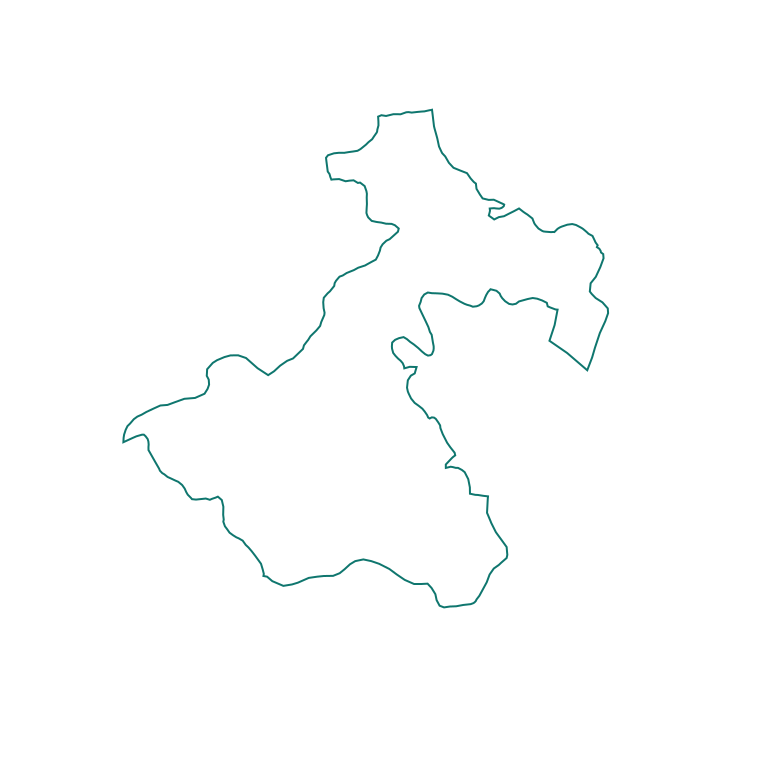 Qalyub, Al Qalyubiyah, Egypt (Natural Earth projection), rotated 240°
{"feature_id": "37247803B25886032732937", "entity_name": "Qalyub", "entity_type": "district", "adm_level": 2, "iso_a3": "EGY", "parent_name": "Egypt", "parent_adm1": "Al Qalyubiyah", "projection": "natural_earth1", "projection_center": [31.243, 30.207], "detail": "fine", "context": "isolated", "style": "outline", "palette": "teal", "viewbox_px": 768, "rotation_deg": 240, "n_neighbors": 0, "source": "geoboundaries", "source_scale": "gbopen_adm2", "svg_char_len": 5986}
<svg xmlns="http://www.w3.org/2000/svg" viewBox="0 0 768 768"><g transform="rotate(240 384 384)"><path d="M587.3,440.6L586.6,442.3L583.9,447.6L578.8,452.1L577.4,455.7L575.6,459.5L571.2,461.9L570.4,464.0L565.1,466.2L559.8,465.2L557.3,464.3L554.0,462.2L548.4,459.2L545.1,457.0L540.9,454.3L538.6,453.8L536.2,453.6L531.4,454.9L528.3,458.3L527.4,459.4L525.2,462.3L521.8,465.9L518.9,470.6L516.1,472.8L511.3,474.5L508.9,472.2L507.4,465.1L506.6,461.3L506.9,457.7L505.7,452.7L503.9,449.3L501.5,447.1L498.3,443.1L495.8,439.1L496.0,434.2L496.1,428.9L496.1,426.9L497.6,419.8L497.7,414.9L498.8,407.2L498.6,402.5L499.2,399.2L498.7,397.7L497.4,394.1L496.0,391.7L493.8,389.9L491.3,383.5L490.7,380.5L488.8,375.0L485.3,372.3L483.3,371.3L479.8,369.6L475.5,368.2L473.6,366.8L469.0,360.6L466.2,357.7L464.2,352.2L462.1,344.1L460.1,340.4L459.3,338.3L457.5,334.0L454.9,331.4L451.6,318.0L452.5,311.7L451.8,303.2L450.0,295.2L449.6,288.1L460.9,282.4L475.5,277.5L481.8,272.0L485.5,265.4L487.1,259.3L488.1,251.3L487.9,246.3L485.2,238.2L482.4,236.4L479.7,234.6L475.4,234.4L470.9,232.2L468.0,228.8L465.3,223.7L465.6,220.9L466.4,213.4L471.0,203.7L472.7,194.3L474.1,186.1L477.2,179.6L477.9,172.5L478.6,164.3L478.6,158.8L479.1,154.1L478.6,149.7L476.7,144.3L475.8,140.8L473.5,137.4L471.6,135.3L470.2,133.7L467.6,131.6L463.9,129.2L462.9,139.8L462.5,143.4L461.1,149.1L460.2,150.7L458.0,151.4L454.5,151.8L452.0,151.2L449.2,149.9L447.2,148.5L444.5,147.0L441.5,147.0L431.3,146.9L423.1,146.9L421.0,146.6L417.7,147.4L415.6,148.6L411.7,150.1L408.5,152.4L404.6,155.1L402.2,156.9L397.4,158.7L393.1,159.1L389.3,158.7L386.3,158.7L381.7,159.9L380.3,160.1L377.9,163.4L373.9,172.4L370.8,175.3L370.5,177.9L369.8,181.3L369.5,183.8L364.6,185.5L358.0,183.5L351.1,179.3L346.7,177.4L345.1,176.0L340.3,175.1L336.1,175.6L332.5,175.9L328.6,177.6L325.0,179.5L323.0,181.0L319.0,183.3L313.8,183.8L310.2,184.9L305.4,185.8L299.4,186.6L289.8,187.6L283.9,186.2L279.7,185.0L278.0,183.6L275.6,186.4L269.1,188.7L259.5,195.9L256.4,204.1L255.0,210.1L253.7,221.9L250.5,229.9L247.8,235.9L243.3,244.0L242.3,251.0L243.3,257.3L244.9,264.5L244.9,265.6L245.0,270.5L242.4,278.4L237.0,284.4L230.7,289.9L221.2,296.1L212.7,299.8L204.0,304.0L195.8,310.0L192.1,316.4L189.3,321.9L183.6,323.2L176.3,323.4L170.5,321.5L164.2,321.3L160.5,324.3L158.3,329.9L155.4,335.4L153.0,342.2L150.0,349.0L149.5,352.0L149.7,353.5L150.2,355.1L151.1,356.3L152.9,360.7L153.7,362.0L160.9,373.8L162.8,376.1L166.2,380.2L167.1,382.1L169.3,386.8L169.9,393.1L170.6,396.0L172.0,403.2L174.4,405.4L176.6,406.4L181.5,408.7L189.3,407.9L198.7,406.9L199.9,406.8L210.0,407.4L212.0,407.7L219.1,408.6L220.9,408.8L232.6,416.4L234.7,417.9L237.5,414.1L240.9,409.9L241.1,409.6L241.3,409.3L242.4,407.6L246.0,403.6L251.6,406.7L259.5,409.4L267.3,409.8L270.6,408.5L274.3,406.2L275.5,404.2L277.5,402.2L279.0,400.4L280.4,395.6L281.5,396.2L283.4,397.3L285.9,405.7L286.3,407.5L286.6,410.0L289.2,410.8L296.0,409.8L301.6,409.3L311.2,409.8L317.6,410.8L320.1,411.9L323.7,411.8L328.0,411.4L329.9,410.5L331.2,408.7L331.3,406.3L332.9,405.5L335.5,405.8L339.6,405.5L343.4,404.9L347.9,403.1L352.3,401.1L357.9,400.2L363.4,400.6L365.6,400.9L369.3,402.1L375.3,406.5L377.8,411.4L377.8,415.9L382.4,420.7L386.0,414.9L387.4,409.4L389.3,410.2L392.7,410.6L395.9,410.0L399.0,408.9L402.7,408.0L406.3,407.5L410.5,408.6L412.6,409.6L415.8,411.8L416.7,415.7L416.2,420.0L414.8,424.4L411.4,426.3L407.4,427.7L403.4,429.6L397.9,431.7L393.2,433.1L389.2,434.6L386.6,436.3L385.7,438.7L385.9,440.5L388.2,443.5L389.9,444.8L391.9,445.9L395.7,447.2L402.8,449.9L406.1,449.8L411.1,450.9L418.0,451.5L427.2,452.2L432.0,452.6L433.3,453.1L434.2,453.5L436.8,456.8L439.6,459.5L441.4,463.6L441.3,467.7L438.7,470.9L436.1,475.1L433.0,479.8L429.3,484.1L425.4,486.8L421.7,488.7L417.7,490.9L413.2,493.8L411.1,495.5L408.8,497.8L406.5,499.6L405.0,503.1L404.6,505.4L404.8,509.0L405.8,511.7L408.1,514.5L410.0,517.1L411.8,520.3L412.3,522.3L412.8,523.6L410.8,525.7L408.5,528.0L404.5,529.4L402.0,529.1L399.2,529.3L395.1,530.3L390.8,532.4L388.6,535.1L387.5,538.4L388.0,542.2L385.8,550.7L385.4,552.0L384.1,555.8L381.3,559.3L377.3,562.7L372.9,565.6L369.4,564.6L367.2,566.2L362.8,569.8L361.6,571.5L349.7,561.2L338.7,548.9L319.3,558.1L294.3,566.9L302.9,577.5L309.9,584.8L320.2,596.4L327.8,607.1L328.5,607.9L333.3,613.5L337.6,615.6L345.5,614.0L352.6,610.3L358.2,608.9L361.2,608.5L363.0,609.8L367.9,613.3L370.9,621.0L377.1,629.8L383.1,637.0L386.9,638.8L389.4,637.7L391.2,638.2L392.5,638.1L393.5,638.1L396.1,636.8L397.3,638.4L400.7,638.0L404.0,638.3L408.0,638.6L410.9,636.8L412.1,636.1L413.1,635.9L415.8,635.0L418.8,633.9L420.4,633.1L423.0,631.5L425.7,629.8L428.4,627.0L429.4,624.6L430.3,622.4L430.9,619.4L431.5,616.4L431.7,614.3L431.6,611.9L430.4,607.5L431.1,606.5L432.0,604.6L434.0,601.7L435.1,600.1L436.3,598.5L437.4,597.6L441.4,595.5L444.7,594.9L445.7,594.7L447.8,594.5L451.4,595.0L453.1,595.3L456.1,594.1L459.1,592.9L461.0,591.9L463.3,590.8L468.5,588.7L468.7,582.6L469.0,577.7L469.3,571.8L471.1,566.9L471.4,561.7L472.8,561.1L473.7,560.7L474.8,560.2L476.1,559.6L477.5,559.0L479.5,561.0L481.0,562.4L483.1,563.3L482.3,565.1L481.2,567.3L480.1,568.7L478.2,571.5L477.7,573.8L477.8,575.0L478.1,576.6L479.3,577.8L480.1,577.3L488.7,571.2L491.1,566.7L495.4,562.2L500.2,561.8L501.1,561.8L506.8,561.7L511.6,563.8L514.0,562.8L515.8,562.4L518.8,561.8L525.1,561.3L530.7,556.8L533.8,554.4L536.5,552.3L539.1,551.7L543.1,550.8L550.5,550.8L554.8,549.8L556.7,549.9L562.2,550.4L569.9,552.9L572.9,553.7L579.9,555.5L582.3,556.2L583.2,556.6L589.5,559.3L593.0,560.8L597.5,562.7L597.8,561.6L598.3,560.4L599.9,555.3L601.0,553.1L602.8,549.2L605.2,543.7L607.2,541.2L608.2,539.1L609.3,533.2L611.2,530.1L613.0,526.9L615.1,519.8L618.1,516.1L618.2,514.9L618.5,512.6L614.3,510.5L610.7,508.5L607.7,505.5L606.0,504.2L605.4,503.4L603.4,499.1L601.9,496.1L601.2,491.5L600.3,488.1L599.6,483.7L599.2,481.1L599.2,477.7L600.8,473.5L602.4,469.6L604.1,465.1L606.8,460.5L608.8,456.0L610.1,449.9L608.9,446.9L606.4,445.8L596.1,441.5L593.1,441.8L590.0,441.0L587.3,440.6Z" fill="none" stroke="#0f766e" stroke-width="2"/></g></svg>